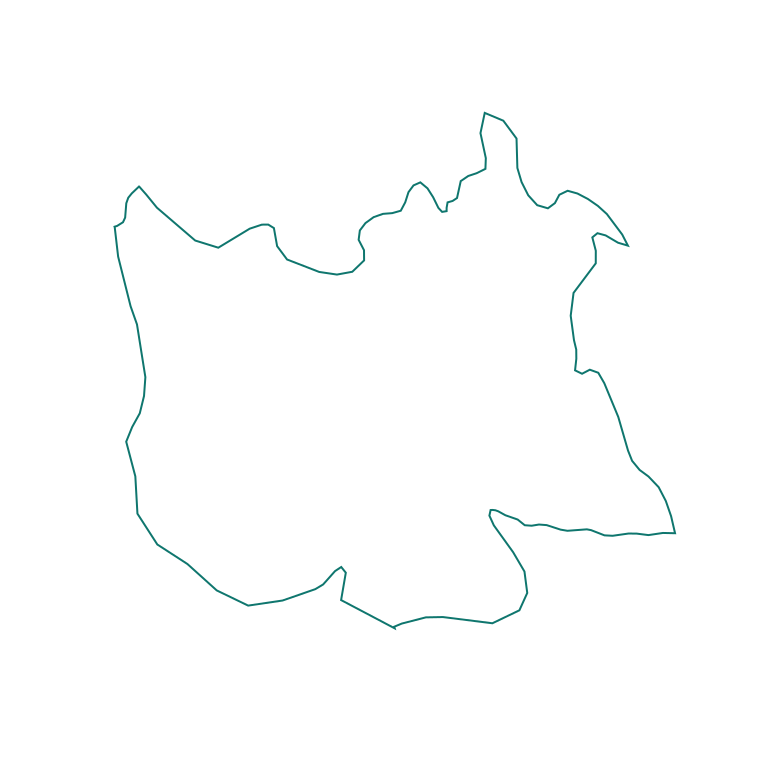 outline of Benue, rotated 163°
{"feature_id": "NGA-2846", "entity_name": "Benue", "entity_type": "State", "adm_level": 1, "iso_a3": "NGA", "parent_name": "Nigeria", "parent_adm1": "", "projection": "equal_earth", "projection_center": [8.494, 7.276], "detail": "fine", "context": "isolated", "style": "outline", "palette": "teal", "viewbox_px": 768, "rotation_deg": 163, "n_neighbors": 0, "source": "natural_earth", "source_scale": "10m", "svg_char_len": 1942}
<svg xmlns="http://www.w3.org/2000/svg" viewBox="0 0 768 768"><g transform="rotate(163 384 384)"><path d="M595.7,613.2L593.0,613.2L586.3,615.0L582.9,618.8L577.6,632.2L574.1,636.9L569.5,640.0L560.5,644.5L560.4,644.4L556.0,634.7L549.6,619.0L522.6,576.4L502.6,562.8L467.0,571.8L454.2,572.1L448.1,570.3L443.7,565.3L445.9,547.1L440.3,531.4L413.2,510.1L397.0,502.4L381.5,500.6L366.9,508.0L364.0,517.8L366.1,529.3L362.2,537.9L354.7,543.3L345.1,546.6L335.2,547.0L326.2,545.0L317.3,544.8L310.6,551.5L304.5,560.3L297.7,565.3L290.3,566.2L285.2,558.4L282.4,548.3L280.5,536.5L278.1,531.6L273.6,531.0L272.6,534.2L270.1,539.1L264.9,539.0L259.8,540.5L251.3,555.6L242.6,558.3L233.8,558.5L224.1,560.1L220.6,570.2L218.4,595.7L208.4,613.8L192.9,600.9L185.5,580.0L193.3,551.6L193.4,536.9L190.9,522.3L185.2,510.2L175.9,504.1L167.7,507.0L161.0,513.7L151.9,515.1L143.3,509.6L134.9,501.3L127.4,491.8L121.2,481.4L112.5,457.3L110.3,445.0L118.9,450.7L128.6,461.3L135.8,465.8L141.9,463.3L142.5,449.5L146.2,437.5L176.1,415.7L185.5,394.7L189.5,370.4L190.1,360.7L192.7,351.9L197.3,341.2L191.6,335.9L183.0,337.5L175.8,332.1L173.1,320.4L169.6,284.0L170.1,249.0L169.2,238.0L164.7,227.1L158.1,218.2L151.5,205.0L148.7,189.7L148.1,173.6L149.3,156.2L160.8,160.0L175.3,162.2L186.0,167.0L193.8,169.5L209.7,172.0L217.4,174.8L228.7,183.7L232.5,185.7L251.5,190.0L257.7,193.1L269.7,201.5L276.9,204.3L284.2,205.3L290.7,207.8L295.8,215.3L306.3,223.0L311.9,228.8L314.4,230.7L317.2,231.9L318.9,232.3L321.7,227.3L320.3,216.7L309.7,185.4L304.5,163.6L308.1,142.3L320.7,128.0L350.3,123.5L395.8,143.9L412.2,148.6L437.0,149.7L445.2,148.9L445.2,147.2L488.2,189.9L475.7,214.7L478.4,221.5L485.5,219.4L500.8,210.1L509.7,207.9L544.3,206.6L578.7,211.8L604.3,235.5L624.6,269.3L647.7,296.8L657.7,332.1L648.8,368.4L647.4,404.2L637.4,416.5L626.1,427.4L617.0,442.7L610.2,460.3L602.8,513.2L603.6,532.5L601.0,583.6L595.7,612.5L595.7,613.1L595.7,613.2Z" fill="none" stroke="#0f766e" stroke-width="2"/></g></svg>